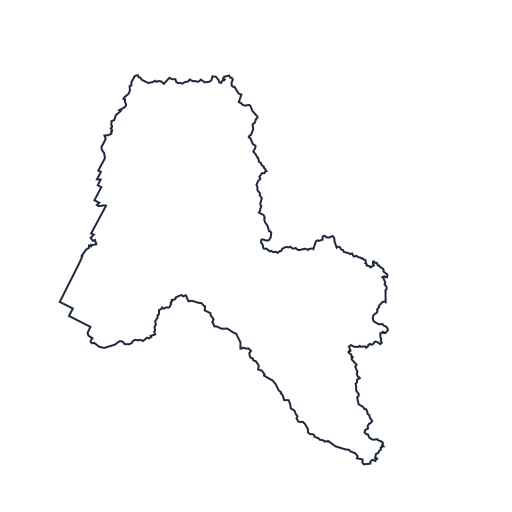 Southern Downs, Queensland, Australia, rotated 289°
{"feature_id": "25037944B10938266492584", "entity_name": "Southern Downs", "entity_type": "district", "adm_level": 2, "iso_a3": "AUS", "parent_name": "Australia", "parent_adm1": "Queensland", "projection": "mercator", "projection_center": [152.017, -28.502], "detail": "fine", "context": "isolated", "style": "outline", "palette": "slate", "viewbox_px": 512, "rotation_deg": 289, "n_neighbors": 0, "source": "geoboundaries", "source_scale": "gbopen_adm2", "svg_char_len": 6091}
<svg xmlns="http://www.w3.org/2000/svg" viewBox="0 0 512 512"><g transform="rotate(289 256 256)"><path d="M416.5,175.2L416.3,173.5L417.9,171.7L415.0,167.5L413.3,167.1L412.7,169.0L411.4,168.4L411.5,167.3L408.3,166.6L408.2,164.8L410.2,163.4L412.4,159.7L411.7,156.4L407.5,156.6L405.1,154.6L403.5,150.9L404.8,146.4L403.0,145.6L401.7,144.0L401.5,141.1L400.7,139.6L401.3,135.8L399.1,135.2L397.2,132.0L395.0,130.3L395.0,127.7L394.0,125.7L394.7,123.8L396.9,122.2L395.8,119.0L396.3,116.1L388.8,112.8L390.2,109.5L389.8,107.1L388.3,105.3L388.9,103.6L386.8,101.7L384.5,97.8L385.4,90.7L387.0,88.4L386.8,86.9L388.5,85.4L386.6,82.7L379.4,81.6L376.7,82.6L375.5,81.2L371.1,83.0L367.9,82.7L362.9,79.7L361.4,79.6L361.5,81.2L359.3,81.8L356.7,84.0L354.7,83.8L352.6,82.4L349.5,79.2L349.2,80.9L343.4,77.6L338.3,77.7L336.6,75.5L332.7,76.5L332.2,77.5L330.7,77.8L329.5,77.0L328.4,78.7L327.2,79.2L326.7,78.5L324.6,79.5L321.9,76.7L320.6,73.5L317.7,75.8L308.5,74.4L306.0,75.9L303.8,79.0L299.3,81.3L285.4,79.1L285.0,81.9L276.7,80.7L277.7,84.2L271.4,83.3L270.7,87.3L256.1,85.1L255.3,90.5L252.4,88.9L251.9,91.1L254.6,96.2L254.7,97.8L223.7,92.8L223.3,95.7L219.4,93.7L217.2,97.0L218.7,98.5L215.1,101.2L213.0,97.4L211.9,97.1L212.3,96.3L211.5,96.4L211.5,94.7L209.4,95.5L206.8,93.3L199.4,91.1L199.3,91.9L191.3,91.2L148.7,85.4L146.7,99.9L138.4,98.7L135.1,122.5L128.5,121.8L126.1,123.5L125.0,128.1L122.9,127.3L121.0,127.5L120.1,129.5L121.2,131.2L119.1,137.4L119.7,142.5L126.2,151.4L130.9,154.6L131.6,156.2L131.2,158.8L129.9,160.4L131.3,164.9L133.2,166.8L135.0,167.1L137.3,168.8L137.9,172.0L139.0,173.7L138.9,176.9L143.3,179.6L143.2,181.5L145.2,183.3L146.1,182.3L149.0,186.2L151.2,184.4L152.7,184.9L155.5,183.2L158.9,183.6L161.3,181.9L165.9,183.0L168.1,182.3L168.6,183.0L170.2,183.0L173.2,181.9L175.3,183.8L176.8,184.0L176.2,185.9L178.4,188.1L178.6,189.8L179.6,190.9L183.2,191.3L184.4,190.5L186.1,191.4L187.0,190.6L188.4,193.3L189.5,193.9L190.6,193.5L193.6,196.6L194.9,198.6L194.1,200.2L196.0,202.4L191.2,206.9L192.8,210.0L193.0,216.8L193.7,219.8L191.9,223.0L191.9,224.2L187.9,225.2L187.1,231.6L185.2,232.3L182.4,236.5L179.1,236.2L178.6,237.4L175.9,239.5L176.6,242.2L176.0,247.0L178.0,252.5L176.2,259.8L176.1,262.5L169.3,269.4L163.4,271.4L163.8,272.8L165.2,273.6L165.1,276.3L166.2,279.0L164.6,282.2L162.2,281.3L159.6,282.5L157.9,284.4L158.1,286.1L156.3,287.7L156.6,289.8L153.9,293.6L152.9,294.4L149.4,294.9L149.5,299.0L146.7,302.7L145.5,302.5L143.6,312.4L141.1,316.5L136.4,321.1L135.3,324.1L134.5,324.0L132.8,326.8L128.9,329.5L130.3,333.8L127.2,336.5L123.2,338.5L122.4,342.6L119.4,345.2L118.0,347.5L115.7,347.1L113.4,349.8L113.3,351.4L114.4,354.1L113.2,356.9L109.5,361.2L106.0,362.8L105.2,364.8L106.0,368.2L105.6,369.3L104.3,369.9L103.8,375.0L103.1,375.8L103.6,380.0L102.8,381.3L103.5,381.9L103.9,384.4L104.6,384.5L101.9,393.2L102.3,404.3L103.1,406.5L102.0,408.8L101.8,414.0L99.8,417.3L97.6,417.3L98.3,423.0L95.5,423.8L94.1,425.7L96.9,431.7L98.9,431.1L101.2,432.4L101.1,435.6L102.4,435.5L103.6,436.6L104.1,435.9L103.9,434.3L107.8,433.9L109.8,435.7L111.7,435.9L113.5,437.1L115.4,436.3L116.2,437.3L117.2,436.9L117.6,438.5L119.1,436.8L120.1,437.1L121.4,435.8L121.6,431.2L122.3,430.3L120.5,426.8L120.4,424.6L121.3,422.1L123.8,419.8L123.5,418.2L124.5,416.1L127.0,415.9L129.4,418.1L131.4,416.9L134.2,417.4L135.1,418.7L137.8,419.6L140.3,416.2L142.4,415.0L143.1,412.9L145.4,411.7L147.0,409.9L146.6,408.4L148.2,406.3L149.2,401.3L155.3,397.6L156.8,398.5L158.8,398.3L161.5,394.4L165.8,393.0L167.5,391.7L169.5,392.6L172.1,391.8L174.2,393.9L174.7,393.6L175.3,391.3L177.3,389.7L179.4,389.7L183.5,385.9L185.9,386.6L189.2,380.5L189.9,379.8L191.9,380.3L191.9,379.0L193.7,378.3L194.9,374.9L196.2,374.7L196.8,376.1L197.8,375.9L200.6,373.3L202.7,374.8L202.1,378.4L203.5,382.6L204.7,383.2L204.3,384.5L206.1,389.0L205.1,390.0L207.5,391.4L208.7,391.2L210.0,392.5L209.6,393.8L210.9,395.4L213.9,396.4L214.0,399.6L213.1,402.1L214.9,403.2L216.6,401.5L218.4,401.4L219.6,400.1L223.4,398.7L224.4,400.2L225.6,400.4L225.7,401.5L224.8,402.1L225.2,403.4L228.8,404.8L230.2,404.1L231.5,402.4L231.7,399.7L232.8,397.9L231.4,394.4L232.3,389.4L233.2,387.8L235.6,386.5L238.4,386.3L241.8,388.7L243.7,388.8L244.6,387.8L247.8,389.1L248.6,388.4L249.9,388.8L253.7,390.6L254.7,392.1L254.5,393.6L265.8,389.6L267.1,390.2L269.3,389.5L271.0,386.8L272.7,387.0L276.7,383.6L277.1,382.4L278.6,384.0L278.1,385.2L278.6,386.8L281.2,386.2L282.8,381.7L285.1,380.7L286.2,376.5L287.1,375.6L286.7,374.3L288.8,372.5L288.3,370.6L289.2,369.3L288.8,368.4L286.6,369.2L285.6,370.5L282.4,367.9L283.3,366.4L283.0,363.9L284.2,363.5L284.7,361.7L286.1,361.9L287.7,360.8L287.9,358.2L288.6,357.4L288.0,356.6L288.5,355.1L288.2,352.9L288.9,350.8L287.3,348.7L289.7,345.9L288.3,344.3L288.9,342.8L288.4,337.8L289.8,336.6L289.8,334.7L291.7,332.4L291.3,330.3L290.2,329.6L295.8,325.2L298.4,324.2L299.8,322.0L296.9,318.5L296.5,316.3L297.5,314.5L297.0,313.2L295.8,312.7L293.1,313.6L290.8,310.6L290.9,309.1L289.3,307.9L281.2,308.0L281.5,307.0L279.9,303.7L278.8,303.4L278.9,300.0L275.6,294.9L275.4,293.7L276.5,290.9L275.6,290.1L275.0,287.9L276.0,285.3L274.9,284.4L274.2,281.2L271.4,278.5L268.8,278.1L267.9,276.5L266.1,275.6L266.4,273.2L265.2,271.0L265.8,268.6L264.9,267.6L266.3,263.5L265.5,260.9L266.3,259.9L268.0,259.4L270.6,256.3L273.3,255.8L274.1,257.9L273.8,260.2L275.0,263.0L278.3,263.8L282.9,262.9L283.9,261.6L283.7,260.3L288.3,257.1L291.1,253.2L293.8,251.7L295.1,251.8L297.2,249.9L298.0,244.6L300.8,245.2L302.0,244.6L304.8,244.9L305.4,243.8L307.3,242.9L312.6,242.7L314.5,239.9L316.6,239.3L318.5,236.1L322.0,234.7L323.6,233.2L327.8,233.7L330.4,235.0L332.1,233.4L336.2,234.7L337.0,237.0L338.9,237.3L339.8,238.3L342.2,234.5L343.0,234.4L343.7,232.0L345.7,230.0L346.0,228.2L349.7,225.9L349.8,224.8L352.0,222.7L353.8,219.5L358.1,220.1L360.0,219.7L360.9,216.4L365.4,212.5L365.9,210.5L366.9,210.4L369.0,211.8L375.1,212.1L379.3,209.9L381.8,211.5L385.5,211.4L386.9,212.4L388.2,212.0L392.0,205.4L396.3,201.5L396.5,199.9L394.6,196.8L394.7,193.6L395.6,192.5L395.9,189.6L403.8,189.7L403.9,186.7L409.0,180.5L408.5,179.5L409.2,177.5L412.3,176.4L415.2,176.7L416.5,175.2Z" fill="none" stroke="#1e293b" stroke-width="2"/></g></svg>